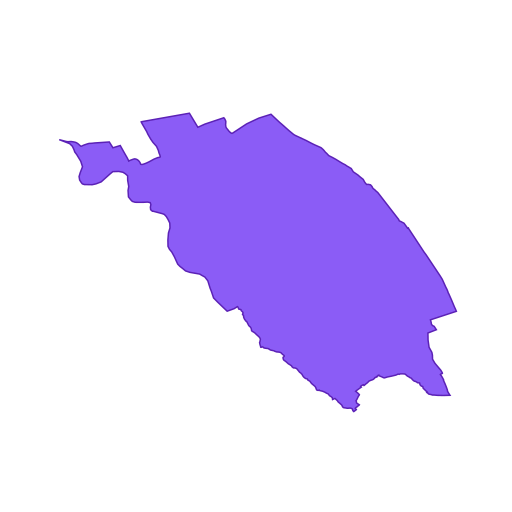 the district of Dulcesti, Neamt, Romania, rotated 187°
{"feature_id": "2599482B7069275875494", "entity_name": "Dulcesti", "entity_type": "district", "adm_level": 2, "iso_a3": "ROU", "parent_name": "Romania", "parent_adm1": "Neamt", "projection": "natural_earth1", "projection_center": [26.772, 46.976], "detail": "fine", "context": "isolated", "style": "filled", "palette": "violet", "viewbox_px": 512, "rotation_deg": 187, "n_neighbors": 0, "source": "geoboundaries", "source_scale": "gbopen_adm2", "svg_char_len": 6048}
<svg xmlns="http://www.w3.org/2000/svg" viewBox="0 0 512 512"><g transform="rotate(187 256 256)"><path d="M172.2,354.5L172.6,354.6L175.0,355.7L176.3,356.2L178.8,357.5L181.1,358.3L183.1,359.2L183.8,359.5L188.6,361.7L192.1,363.1L196.0,364.5L198.5,366.6L199.6,367.3L202.0,369.6L204.1,371.1L204.8,371.5L211.7,373.6L215.4,374.9L220.4,376.8L230.9,380.2L232.6,380.8L233.9,381.5L238.6,384.5L246.7,390.1L248.7,391.4L258.4,398.5L270.0,393.2L281.4,386.0L294.1,375.2L294.8,374.8L295.7,375.0L297.6,376.2L301.1,379.6L301.7,380.7L302.2,382.9L302.2,383.5L302.2,384.1L302.4,386.1L303.6,388.1L304.8,389.3L322.8,380.7L329.4,376.7L339.5,389.6L385.8,375.4L386.3,375.1L385.0,373.2L379.7,366.2L378.1,363.6L374.7,359.1L372.1,356.2L368.1,352.7L365.8,348.9L364.9,346.6L363.8,344.6L363.2,343.3L363.1,342.7L364.1,342.1L365.5,341.7L367.3,340.7L369.1,339.7L373.4,336.6L375.6,335.2L376.8,334.5L378.6,333.6L379.7,333.1L381.1,332.9L381.6,333.0L381.9,333.4L382.5,334.6L383.9,336.1L384.6,336.6L385.7,337.2L387.1,337.6L388.5,337.6L389.9,337.0L392.6,335.6L393.9,334.7L394.2,335.3L395.7,337.6L399.6,342.8L404.2,349.1L411.2,346.0L415.5,351.3L430.1,348.5L432.5,347.9L435.4,347.4L437.1,346.7L440.4,345.1L442.9,343.6L443.2,343.6L444.3,344.3L446.3,345.7L447.0,346.1L448.8,346.8L450.5,347.0L453.0,347.1L454.6,346.9L456.2,346.6L457.4,346.5L458.8,346.6L465.5,347.5L454.6,344.8L451.6,342.5L449.6,339.3L448.6,337.2L446.3,334.8L441.5,328.7L439.1,323.5L439.3,322.5L440.6,317.4L441.3,313.3L440.3,309.9L438.3,307.5L437.1,306.4L435.0,306.0L427.3,306.8L423.6,308.1L418.7,310.7L411.2,319.3L408.4,322.3L402.5,323.2L398.3,322.9L395.9,321.8L393.2,320.0L392.6,315.5L390.8,309.5L391.0,305.5L389.8,299.1L387.2,296.5L385.4,295.1L382.5,294.6L378.6,295.0L374.1,295.6L370.3,296.3L367.5,296.1L366.6,294.2L366.8,291.6L366.2,289.1L364.3,287.8L363.5,287.9L354.1,286.6L352.1,286.1L349.8,284.2L347.8,281.6L345.6,278.2L345.1,275.3L344.8,273.3L345.7,268.2L345.4,261.2L344.5,254.8L342.7,252.1L340.1,249.7L336.8,245.1L334.5,241.3L332.7,238.4L330.2,236.4L327.5,234.8L324.1,232.6L319.6,231.7L309.7,231.2L307.0,230.0L304.2,228.9L300.8,225.5L297.6,218.4L296.1,215.7L293.0,209.2L288.1,205.3L277.9,197.7L271.2,201.1L268.3,203.5L267.9,203.3L267.7,203.1L266.6,201.2L264.6,201.0L264.3,200.8L264.1,200.1L263.8,199.8L262.5,198.9L262.0,198.1L262.0,197.5L262.1,196.9L262.3,196.5L262.2,196.2L261.7,195.9L261.1,195.3L261.0,194.9L260.8,193.8L260.0,192.3L259.1,191.2L258.5,190.7L258.4,190.4L257.0,189.5L254.8,186.2L253.8,185.3L253.1,185.0L252.0,183.6L251.6,182.5L251.4,181.7L251.2,181.3L250.5,180.7L249.5,180.4L247.8,179.5L246.7,178.7L246.4,178.4L243.1,176.1L242.0,174.9L241.5,174.0L241.6,172.4L241.7,171.2L241.9,170.5L241.1,168.2L240.4,166.9L240.4,166.4L240.1,166.0L239.8,166.0L238.5,166.6L237.5,166.2L236.9,165.7L235.5,165.6L232.7,165.6L231.9,165.4L231.6,165.0L229.9,164.4L226.6,164.1L225.7,163.7L223.7,163.3L222.6,163.4L221.2,163.4L220.4,163.3L219.2,162.9L218.2,162.0L217.3,161.4L216.2,160.8L215.8,160.4L215.8,159.9L216.2,159.3L216.8,158.7L216.6,157.6L216.3,156.9L216.1,156.5L215.5,155.9L214.3,155.3L213.1,154.6L210.7,152.9L209.2,152.3L208.2,151.7L207.5,151.5L207.3,151.3L207.1,150.9L206.7,150.4L205.4,149.6L205.1,149.5L203.8,149.6L203.0,149.5L202.0,149.2L201.5,148.8L198.5,145.9L197.3,145.3L196.5,144.5L196.0,144.3L195.0,142.8L193.8,141.6L193.0,141.1L192.4,140.7L191.7,140.4L190.0,140.2L189.4,139.2L189.1,139.0L187.9,138.6L187.2,138.2L185.8,136.7L185.0,136.0L181.9,134.0L181.3,133.5L180.7,132.7L179.6,130.6L179.1,130.3L178.5,130.2L177.8,130.2L176.8,130.6L176.5,130.3L176.2,130.2L173.5,129.9L171.0,129.2L169.5,128.5L167.5,127.9L166.0,126.3L164.4,125.6L163.0,124.7L162.5,122.9L160.5,124.1L160.2,124.2L157.7,122.4L156.6,121.1L155.0,120.1L153.0,118.7L152.3,118.0L151.9,117.1L151.0,116.3L150.3,116.1L148.7,116.1L146.9,116.0L146.1,116.1L144.2,116.5L143.3,116.5L142.2,116.2L141.8,116.0L141.5,115.4L141.2,114.7L140.9,114.2L140.0,113.5L138.3,115.1L137.7,115.8L138.1,116.2L138.4,116.3L138.8,116.6L138.9,116.9L138.8,117.3L137.8,118.3L137.4,118.5L136.1,120.0L135.5,120.5L135.3,120.9L138.3,122.4L138.6,123.6L139.0,124.3L139.1,124.5L138.4,125.9L137.3,129.2L136.6,130.5L136.5,131.0L136.9,131.3L137.7,132.0L140.6,133.9L139.1,135.4L135.6,138.6L136.2,138.9L136.3,139.3L135.6,140.1L133.9,141.3L133.6,141.3L133.3,140.8L133.1,140.6L132.9,140.7L130.9,142.9L130.1,143.6L128.4,145.8L127.9,146.0L126.9,146.6L125.4,147.3L124.5,147.9L123.4,149.1L123.4,149.5L123.0,149.9L121.2,150.7L121.0,151.2L121.2,151.3L120.5,151.8L120.2,152.5L119.4,152.7L119.2,152.2L118.8,152.0L116.5,151.4L114.8,150.8L114.4,150.7L113.6,150.7L112.9,151.0L110.7,152.0L107.3,153.1L102.5,154.9L100.6,156.1L100.1,156.1L99.5,156.0L98.8,156.4L98.3,156.6L96.1,156.9L94.1,157.0L93.3,156.8L91.5,155.5L90.7,155.1L89.8,154.8L88.3,154.0L86.9,153.6L86.6,153.4L86.0,152.6L84.6,151.6L83.7,151.1L83.3,151.0L82.5,151.0L81.6,150.6L81.1,150.5L80.5,150.0L80.2,149.9L79.5,149.9L78.7,150.0L78.4,150.0L78.1,149.9L78.0,149.7L77.8,148.9L77.5,148.2L76.6,147.4L75.9,147.0L74.6,146.8L74.4,146.3L74.0,145.2L73.7,144.9L72.2,143.8L70.8,142.7L69.7,142.1L69.5,141.8L69.8,141.3L68.8,141.0L68.6,140.6L67.7,140.0L65.4,139.8L65.0,139.8L64.6,139.6L63.9,139.5L62.4,139.7L59.0,139.8L53.0,140.4L46.5,141.4L48.3,143.6L48.8,144.4L49.1,144.6L49.3,144.8L49.6,145.8L49.8,146.5L51.0,148.9L52.8,152.2L54.7,155.3L54.6,155.7L54.8,156.1L56.4,158.4L57.6,159.9L58.6,160.8L58.5,161.0L58.0,161.5L57.1,161.9L56.7,162.2L56.7,162.4L57.0,163.0L58.7,165.2L65.3,171.3L68.2,175.1L68.8,179.1L69.7,181.8L73.1,186.5L75.0,193.6L75.5,197.3L76.0,200.5L68.0,204.8L70.6,207.9L72.4,208.5L73.6,209.8L74.1,211.6L75.1,213.9L50.4,225.5L51.5,227.5L52.7,229.4L56.7,236.4L60.0,241.9L60.8,243.0L61.3,244.2L62.5,246.3L64.0,248.5L66.6,252.8L68.3,255.6L70.8,258.7L87.3,277.9L89.6,280.3L108.1,302.1L108.2,302.4L109.0,302.0L109.3,302.5L112.2,305.6L112.8,306.3L113.3,306.7L114.5,307.1L116.2,307.8L117.9,308.3L118.3,308.6L118.7,309.5L142.8,333.8L145.2,335.4L146.4,336.4L147.7,337.0L148.8,338.2L149.3,339.1L151.0,340.6L153.3,340.8L155.0,340.5L157.0,342.4L158.9,345.1L162.8,347.5L164.5,348.7L169.7,351.4L172.2,354.5Z" fill="#8b5cf6" stroke="#5b21b6" stroke-width="1.5"/></g></svg>